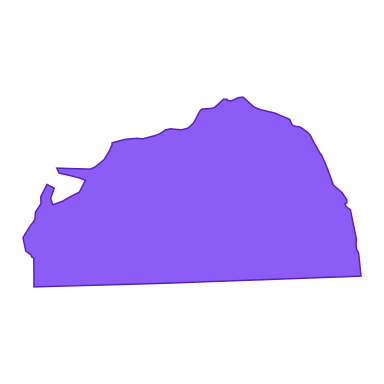 the district of Huron, Michigan, United States of America
{"feature_id": "52423323B37745159974829", "entity_name": "Huron", "entity_type": "district", "adm_level": 2, "iso_a3": "USA", "parent_name": "United States of America", "parent_adm1": "Michigan", "projection": "robinson", "projection_center": [-83.064, 43.869], "detail": "fine", "context": "isolated", "style": "filled", "palette": "violet", "viewbox_px": 384, "rotation_deg": 0, "n_neighbors": 0, "source": "geoboundaries", "source_scale": "gbopen_adm2", "svg_char_len": 1050}
<svg xmlns="http://www.w3.org/2000/svg" viewBox="0 0 384 384"><path d="M361.0,276.1L358.6,252.9L356.7,249.6L356.0,245.2L356.4,239.3L350.4,209.8L346.3,206.8L345.0,204.4L345.2,203.6L346.9,202.7L346.8,199.8L342.1,192.6L333.3,185.1L327.6,169.0L321.4,154.7L320.5,154.1L314.3,143.2L310.3,135.3L307.5,132.2L300.4,127.1L293.5,125.9L291.6,123.9L289.7,119.4L274.6,113.0L258.4,109.1L253.1,106.3L243.1,97.1L238.3,97.6L231.2,101.0L227.7,100.5L227.0,99.3L223.6,99.2L214.8,107.3L211.6,108.4L202.0,109.0L200.0,110.9L193.6,122.9L189.0,127.4L186.3,128.7L181.2,129.8L170.4,128.8L165.5,129.9L160.1,133.6L156.1,135.3L142.8,138.8L137.1,138.3L125.2,139.3L112.1,142.8L112.0,144.9L109.3,151.0L104.2,159.5L95.3,166.8L90.4,169.1L69.0,168.5L56.8,168.1L59.1,173.1L69.4,175.4L78.9,177.8L85.4,180.3L79.3,192.2L69.9,196.9L62.2,201.4L52.8,204.8L50.6,198.4L54.2,188.2L47.1,184.4L40.8,196.6L41.0,203.6L35.5,212.0L35.0,219.5L29.2,227.5L23.0,237.6L25.8,251.1L30.9,254.8L31.6,256.9L33.8,258.0L34.0,286.9L166.6,283.2L361.0,276.1Z" fill="#8b5cf6" stroke="#5b21b6" stroke-width="1.5"/></svg>